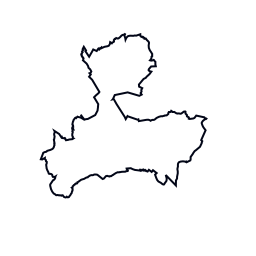 the district of Tepanco de López, Puebla, Mexico, rotated 204°
{"feature_id": "50627088B19100619520269", "entity_name": "Tepanco de López", "entity_type": "district", "adm_level": 2, "iso_a3": "MEX", "parent_name": "Mexico", "parent_adm1": "Puebla", "projection": "orthographic", "projection_center": [-97.537, 18.553], "detail": "fine", "context": "isolated", "style": "outline", "palette": "ink", "viewbox_px": 256, "rotation_deg": 204, "n_neighbors": 0, "source": "geoboundaries", "source_scale": "gbopen_adm2", "svg_char_len": 5787}
<svg xmlns="http://www.w3.org/2000/svg" viewBox="0 0 256 256"><g transform="rotate(204 128 128)"><path d="M193.5,64.4L191.8,66.8L191.5,65.9L190.0,65.3L189.4,64.3L188.4,64.0L187.9,62.6L187.8,61.1L186.3,58.7L186.0,58.1L184.3,56.4L183.2,55.6L181.8,54.1L181.2,54.1L180.1,54.6L179.5,54.7L178.7,54.6L178.2,54.4L177.5,53.4L176.8,52.8L175.7,53.2L174.8,53.8L174.6,54.1L174.6,53.2L174.2,52.9L174.2,51.8L174.6,50.5L175.2,49.8L175.3,49.3L176.1,44.8L175.6,43.6L173.5,40.9L171.4,39.1L169.2,37.9L168.2,37.9L166.3,37.4L165.7,37.7L165.0,38.2L163.6,38.4L163.5,38.6L162.8,38.8L162.4,39.0L161.3,39.1L161.0,39.7L160.3,40.0L159.5,39.5L158.7,39.2L158.4,39.0L156.9,39.1L156.0,39.8L155.9,40.3L155.3,40.1L154.7,40.2L153.9,40.9L153.8,41.9L153.4,43.0L153.3,44.6L153.0,45.4L153.3,47.1L153.2,48.2L153.5,48.5L153.7,49.7L154.5,50.4L155.0,50.6L154.5,51.2L154.8,52.2L154.3,53.3L154.3,53.8L153.6,54.6L153.6,55.2L153.1,56.1L152.5,56.2L151.9,56.8L152.2,57.8L151.4,58.7L151.0,59.5L150.8,60.0L150.3,60.6L150.0,61.3L149.5,61.9L147.4,63.7L145.9,65.8L144.7,66.6L144.6,67.2L143.3,69.2L142.2,70.1L141.1,70.5L140.5,71.0L140.1,71.6L139.3,72.1L137.6,72.7L136.9,72.8L130.4,71.1L129.5,72.0L128.6,75.0L127.6,75.8L125.4,76.1L125.1,76.2L125.0,76.6L123.8,77.2L122.8,78.9L122.4,79.2L122.1,79.9L120.7,82.0L119.4,83.4L118.2,83.8L117.9,84.2L117.2,84.5L115.8,85.5L112.7,87.0L112.4,87.5L110.9,88.5L110.7,88.9L110.9,89.2L112.1,89.8L112.6,90.1L112.8,90.4L109.1,92.4L107.0,92.3L104.7,92.5L99.7,94.0L100.0,94.8L99.5,95.0L98.9,94.1L98.7,94.2L97.9,95.5L97.3,95.4L97.2,95.9L96.7,95.7L96.6,96.3L95.1,95.9L95.0,96.6L93.0,96.1L92.4,96.2L91.9,98.3L88.5,97.5L88.0,99.6L83.5,98.5L84.3,96.4L81.7,93.7L80.1,92.3L78.4,91.5L75.7,91.3L73.5,90.7L72.3,90.9L72.1,91.2L72.0,92.4L71.5,94.6L71.4,95.3L71.6,96.3L72.3,97.9L74.4,100.4L60.9,95.0L61.3,95.9L62.9,99.7L62.7,100.7L62.7,102.0L63.3,103.3L64.1,106.8L64.9,108.6L66.2,110.6L66.8,113.4L67.4,114.5L67.8,115.9L67.7,116.8L67.5,117.5L66.3,118.7L64.3,119.9L62.3,120.5L61.4,120.5L61.2,121.0L60.5,120.6L57.9,123.7L58.0,124.7L59.0,127.0L58.2,131.0L58.2,131.7L57.7,134.1L57.0,135.2L54.6,140.1L54.5,144.0L54.8,145.0L54.7,145.6L54.8,146.2L56.2,146.7L56.2,157.5L59.4,159.3L60.8,160.4L62.5,162.2L62.7,162.6L62.8,163.1L62.5,164.9L61.5,166.9L60.8,167.7L60.4,167.9L60.2,168.4L60.8,168.5L61.8,168.2L62.6,168.8L70.7,167.1L71.4,164.2L72.3,163.2L75.4,161.3L76.3,161.2L76.7,162.4L77.8,162.6L78.3,162.5L78.8,162.6L79.2,163.0L79.2,163.3L79.4,163.8L80.4,164.3L80.8,164.3L81.2,164.5L81.6,165.0L82.1,166.3L82.3,166.4L83.4,165.9L83.7,165.6L85.0,163.2L85.5,162.6L86.1,162.3L87.1,162.1L88.4,161.6L88.7,161.3L89.8,161.1L92.2,161.5L93.9,160.7L94.4,161.0L94.9,160.8L95.4,161.3L95.5,161.3L95.5,160.3L95.7,160.0L96.0,159.7L97.2,159.2L97.3,158.3L96.9,157.2L97.8,155.3L99.6,154.3L99.7,154.0L100.5,153.5L101.3,152.7L102.6,152.2L104.3,150.8L106.0,148.8L106.9,146.9L107.4,146.2L107.9,145.8L108.9,145.4L109.8,144.6L110.3,143.8L111.4,144.0L112.9,143.8L114.6,142.9L120.9,138.7L122.0,140.1L122.5,139.5L132.9,138.6L133.3,138.7L133.7,135.2L135.5,136.8L148.2,145.2L152.9,148.7L153.6,148.1L153.5,148.5L153.5,152.7L142.8,160.4L130.8,162.0L129.1,164.1L130.5,164.9L130.4,165.2L130.7,165.6L130.5,166.0L130.5,167.0L131.3,168.0L131.2,170.2L134.7,170.3L135.7,172.2L133.7,179.2L133.0,180.0L132.1,181.2L131.9,182.3L130.3,185.9L129.6,189.0L131.4,188.7L132.6,189.1L132.9,189.9L132.8,190.6L131.9,193.6L127.7,195.7L128.9,197.3L129.9,199.6L131.0,200.0L131.9,200.6L132.4,200.6L133.6,199.3L134.6,198.9L135.4,198.8L135.1,199.9L135.0,201.0L135.1,201.8L135.5,202.5L135.1,203.6L135.7,204.5L135.9,205.4L137.6,206.6L139.7,207.9L141.5,209.6L142.7,211.8L143.4,214.3L143.9,214.9L144.8,215.4L146.7,216.1L147.6,216.7L148.0,216.9L148.3,216.6L148.6,216.6L149.2,216.2L149.5,216.2L149.7,216.5L149.5,216.9L149.6,217.0L150.1,216.9L150.8,217.2L151.1,217.0L151.2,217.3L151.7,217.4L152.1,217.0L152.6,216.9L152.8,216.7L153.1,217.0L154.0,217.1L154.3,217.3L154.9,218.6L158.1,215.7L159.4,215.3L160.6,214.4L163.6,213.2L164.9,212.3L165.4,211.8L165.8,211.0L166.2,209.4L166.2,207.7L167.2,209.2L168.7,210.8L168.9,211.2L168.8,213.3L169.3,212.0L170.9,210.7L171.6,209.6L172.1,208.0L173.0,206.2L173.6,205.6L175.0,205.4L175.4,205.4L175.8,204.1L176.4,204.0L176.7,202.5L176.0,201.4L176.0,201.0L177.0,199.7L177.2,198.8L178.2,199.1L179.2,199.2L178.7,197.2L179.0,195.4L179.8,194.5L182.5,192.6L184.2,190.7L184.9,191.0L185.2,189.6L185.9,189.7L186.1,188.4L186.8,188.6L186.7,187.9L187.5,188.0L187.9,185.6L191.7,185.6L191.9,182.9L192.5,177.3L198.2,180.9L197.9,181.8L201.4,184.2L201.5,181.5L200.7,181.0L201.1,179.3L200.3,178.8L200.7,177.1L200.3,176.8L200.5,176.0L199.8,175.5L199.8,175.2L199.1,174.6L198.4,174.2L198.3,174.4L197.0,173.6L197.1,173.1L196.5,172.0L196.6,171.5L192.0,170.0L189.7,168.4L188.5,166.9L186.4,166.2L184.5,164.7L184.6,163.2L185.4,162.4L183.8,161.7L184.4,159.0L180.4,157.5L168.8,149.3L169.1,147.9L170.6,144.7L171.5,142.3L164.9,137.7L164.2,135.6L164.5,135.7L164.0,135.2L162.9,131.5L163.2,126.5L168.4,119.9L170.1,118.9L171.1,118.0L171.5,118.1L174.8,119.8L176.5,121.0L173.6,118.1L175.1,118.3L176.6,118.1L178.1,117.8L178.8,117.8L179.4,116.0L180.0,116.2L180.4,115.7L181.0,113.1L180.8,112.4L180.9,111.6L180.3,108.7L179.6,108.1L179.3,108.1L178.9,107.4L179.3,107.4L178.8,106.0L177.5,104.7L178.6,104.6L177.6,103.2L177.5,102.5L177.2,102.5L176.6,101.2L176.6,100.4L176.1,98.9L175.6,98.1L174.9,97.7L174.3,96.3L173.6,96.3L174.4,95.1L177.2,93.5L177.6,93.0L179.7,91.6L180.5,92.2L181.0,92.9L181.7,93.2L181.9,93.0L181.7,92.8L181.8,92.6L182.4,92.6L183.6,92.2L184.4,92.7L184.5,92.5L184.9,92.9L185.1,92.4L188.4,94.5L194.0,95.4L193.2,94.7L193.1,92.7L192.7,91.8L191.6,90.4L190.9,87.8L191.0,87.2L189.4,84.9L189.3,84.4L188.9,84.2L188.9,83.4L188.2,82.6L188.2,81.2L188.0,80.7L188.1,79.2L188.5,78.1L190.0,76.4L192.5,74.3L192.9,73.2L194.4,72.0L195.3,70.9L194.9,64.0L193.5,64.4Z" fill="none" stroke="#020617" stroke-width="2"/></g></svg>